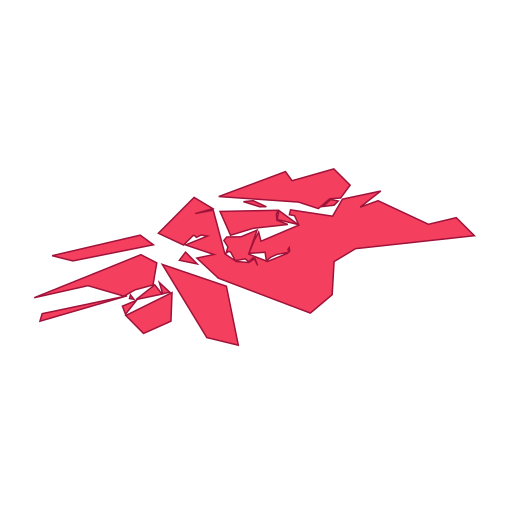 the district of Sittwe, Rakhine, Myanmar, rotated 99°
{"feature_id": "60261553B78069071602625", "entity_name": "Sittwe", "entity_type": "district", "adm_level": 2, "iso_a3": "MMR", "parent_name": "Myanmar", "parent_adm1": "Rakhine", "projection": "robinson", "projection_center": [92.892, 20.402], "detail": "medium", "context": "isolated", "style": "filled", "palette": "rose", "viewbox_px": 512, "rotation_deg": 99, "n_neighbors": 0, "source": "geoboundaries", "source_scale": "gbopen_adm2", "svg_char_len": 1922}
<svg xmlns="http://www.w3.org/2000/svg" viewBox="0 0 512 512"><g transform="rotate(99 256 256)"><path d="M172.3,142.9L186.3,179.5L204.7,186.6L205.0,229.1L210.0,229.5L210.2,224.2L218.8,218.5L240.6,253.4L232.0,257.1L241.4,260.4L254.5,263.3L250.9,247.6L259.2,245.0L254.8,241.1L251.1,235.5L247.8,225.7L246.2,224.1L244.5,225.5L242.5,224.5L245.8,223.5L248.5,225.4L259.6,243.7L255.3,263.6L230.3,259.0L239.4,273.9L241.8,287.8L245.6,290.2L251.4,285.2L257.9,286.0L255.8,283.8L256.0,281.7L263.8,275.7L260.5,266.1L263.0,262.2L258.5,259.0L258.3,256.9L265.1,252.9L259.0,257.1L263.6,262.2L264.5,274.7L258.7,287.1L217.4,305.4L223.6,322.7L216.0,306.0L207.8,326.3L248.8,356.0L256.5,329.3L245.5,321.2L245.3,320.2L246.9,317.7L243.9,313.5L243.9,307.1L256.1,327.3L261.1,297.7L267.3,314.1L283.8,289.7L303.9,193.4L282.3,174.7L249.3,178.0L233.2,158.9L201.8,43.5L186.8,64.2L197.7,90.6L182.3,144.1L191.5,160.8L172.3,142.9ZM346.9,259.5L290.5,280.5L279.0,347.2L344.3,291.8L346.9,259.5ZM176.0,232.2L168.0,240.1L203.1,302.1L196.1,222.5L199.4,201.8L187.9,192.1L185.5,181.5L171.3,174.1L157.8,192.8L176.0,232.2ZM278.3,352.9L272.7,369.9L331.9,468.5L311.6,417.4L316.3,380.1L308.4,370.3L300.7,353.2L278.3,352.9ZM229.1,263.1L219.9,229.5L217.4,241.0L211.6,242.4L207.4,241.4L217.6,298.5L239.5,284.4L229.1,263.1ZM333.7,329.8L305.3,333.2L335.1,375.3L350.1,355.0L333.7,329.8ZM261.0,359.1L253.5,373.6L287.6,457.4L289.5,436.1L261.0,359.1ZM354.2,459.2L315.5,377.1L346.4,458.2L354.2,459.2ZM300.3,351.5L317.8,367.6L308.3,342.8L300.3,351.5ZM216.6,240.9L218.3,219.4L207.5,240.5L216.6,240.9ZM263.2,326.2L272.2,331.0L273.0,312.9L263.2,326.2ZM326.4,380.1L333.9,375.8L318.5,367.1L326.4,380.1ZM204.3,276.9L206.8,260.1L205.7,253.5L201.8,267.5L204.3,276.9ZM297.3,347.3L307.9,342.2L305.2,335.6L297.3,347.3ZM196.6,197.5L193.6,186.8L188.8,183.4L188.6,191.1L196.6,197.5ZM314.0,373.9L317.8,374.3L317.8,369.9L314.0,373.9Z" fill="#f43f5e" stroke="#9f1239" stroke-width="1.5"/></g></svg>